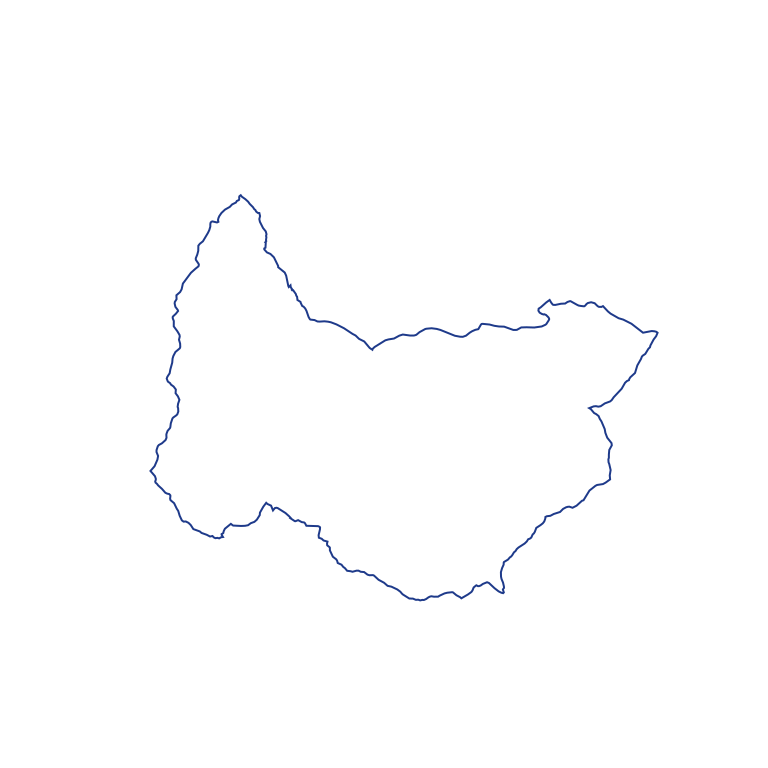 San Mateo, Boyacá, Colombia (Mercator projection), rotated 320°
{"feature_id": "7082276B31973577978453", "entity_name": "San Mateo", "entity_type": "district", "adm_level": 2, "iso_a3": "COL", "parent_name": "Colombia", "parent_adm1": "Boyacá", "projection": "mercator", "projection_center": [-72.559, 6.415], "detail": "fine", "context": "isolated", "style": "outline", "palette": "blue", "viewbox_px": 768, "rotation_deg": 320, "n_neighbors": 0, "source": "geoboundaries", "source_scale": "gbopen_adm2", "svg_char_len": 6166}
<svg xmlns="http://www.w3.org/2000/svg" viewBox="0 0 768 768"><g transform="rotate(320 384 384)"><path d="M601.8,465.1L600.1,464.7L598.2,463.0L597.7,461.7L597.3,457.5L595.2,454.5L592.2,453.0L590.5,452.9L588.5,453.3L587.2,453.1L585.1,450.9L583.5,449.0L582.7,447.2L580.2,440.6L579.8,440.1L577.3,439.1L574.5,438.8L571.2,436.3L566.0,433.5L564.6,432.2L564.3,431.6L564.4,429.1L564.9,426.1L560.7,425.8L553.3,426.0L550.9,425.7L549.4,427.1L549.1,429.4L550.0,431.9L551.0,433.4L551.6,433.6L552.5,435.3L552.8,438.5L552.6,439.9L552.0,440.7L550.8,441.2L546.9,442.4L545.8,442.4L541.8,441.3L535.4,437.3L529.7,432.2L525.5,428.9L520.5,427.9L517.8,425.7L512.9,417.3L509.0,413.8L505.9,410.3L503.1,406.3L498.2,401.3L497.4,400.8L496.5,400.8L491.5,402.6L488.8,401.2L485.4,400.2L482.6,399.8L477.9,399.7L474.7,398.5L472.7,396.7L469.3,392.6L462.0,378.9L459.8,375.7L456.3,371.9L452.3,369.1L451.0,368.4L444.5,367.1L440.4,367.1L439.1,366.6L437.9,366.0L435.1,363.6L430.2,358.2L426.8,356.8L420.9,355.6L416.0,352.7L413.1,351.4L400.5,349.6L397.9,349.8L397.1,350.3L396.2,347.2L396.2,338.7L393.9,333.4L393.4,328.6L392.1,325.4L389.2,315.6L385.9,307.8L383.0,302.6L381.2,300.3L378.7,297.7L374.9,294.9L373.2,293.3L371.9,290.4L369.0,287.3L368.9,286.5L369.3,284.2L371.6,278.2L372.2,275.5L372.1,273.0L371.5,271.7L372.3,268.5L372.8,267.4L371.7,264.0L373.5,261.3L373.6,259.9L374.3,258.4L374.7,253.7L373.9,253.2L373.9,252.5L374.6,251.9L374.7,250.1L375.8,248.3L373.4,248.5L373.7,247.4L378.7,238.1L379.6,234.8L378.0,226.5L378.8,225.5L381.1,216.2L380.6,211.4L378.9,207.9L378.8,204.0L379.4,203.2L380.8,203.4L384.5,199.5L384.3,199.1L385.7,198.8L385.9,198.1L388.3,195.9L388.8,194.8L390.3,193.7L391.5,191.1L391.6,186.7L393.2,180.0L394.5,177.5L397.0,175.7L398.4,172.9L397.3,171.8L396.9,169.7L397.3,168.0L397.0,166.6L397.3,164.4L396.9,159.7L397.1,157.0L396.6,153.3L395.5,149.1L395.6,147.3L394.1,147.2L393.2,147.7L392.2,149.1L391.0,149.8L388.9,149.2L387.2,149.8L383.1,148.8L379.7,149.2L374.3,148.2L369.4,148.5L365.8,149.5L363.8,150.5L362.2,151.7L361.4,153.3L359.9,152.9L357.1,149.2L356.2,148.8L355.0,148.9L353.8,149.8L352.1,151.8L349.1,153.8L346.2,155.1L337.0,158.3L333.1,158.2L330.7,158.7L327.3,162.6L324.2,164.8L320.6,166.7L319.7,167.9L319.2,172.8L318.8,173.7L317.5,174.6L313.7,174.5L307.6,174.7L294.5,177.8L289.8,181.4L286.9,182.5L282.0,182.6L279.6,185.7L276.5,186.7L275.4,187.7L273.8,190.8L273.6,194.6L273.2,195.7L269.7,196.4L266.0,196.6L265.1,196.9L264.3,198.1L263.5,200.6L260.0,204.7L259.6,210.8L258.9,215.0L258.0,216.4L255.4,218.3L253.8,222.0L251.7,224.7L250.5,225.4L244.8,225.4L240.7,227.1L238.4,228.6L235.5,231.5L229.7,235.5L226.7,238.0L222.7,239.2L221.0,240.2L220.0,243.2L220.7,246.0L220.4,247.4L221.2,250.7L221.0,254.4L218.4,257.1L218.2,261.0L217.1,264.6L213.5,266.8L211.2,268.9L210.8,270.1L208.7,272.9L206.1,274.4L204.6,274.5L201.0,274.2L199.8,274.4L195.4,277.1L192.6,279.7L191.7,280.2L188.1,280.8L185.6,282.2L184.7,282.9L182.8,285.4L180.7,286.5L175.8,286.7L172.3,286.0L170.7,286.3L167.3,288.4L166.0,289.9L164.7,293.9L161.8,296.3L155.4,299.5L149.2,300.5L149.3,307.4L148.3,309.9L147.6,310.7L146.1,311.6L145.6,312.7L145.9,314.5L145.8,316.5L146.5,321.7L146.6,326.8L147.5,328.7L148.7,330.2L148.8,331.7L148.5,332.4L146.4,334.4L145.8,335.7L146.6,340.4L145.1,346.3L144.8,348.9L142.8,353.6L141.5,358.5L142.0,360.6L143.8,361.9L145.0,364.7L145.3,367.8L144.7,372.6L148.1,378.5L148.5,380.8L151.3,385.6L152.7,389.0L154.9,390.2L155.0,392.1L155.7,393.7L157.5,394.8L158.5,396.3L160.7,396.7L162.3,397.7L162.7,395.1L163.1,394.6L165.0,394.9L166.8,393.6L169.1,392.6L176.8,392.7L177.3,395.1L177.6,395.6L183.3,400.9L186.4,403.3L189.1,404.8L192.5,405.0L196.1,406.3L199.4,406.2L203.8,404.8L204.5,404.6L206.3,402.8L212.7,400.4L217.4,399.3L217.6,401.0L219.3,404.6L217.7,409.5L220.6,408.9L222.0,409.6L222.8,410.7L225.6,419.5L226.3,424.4L226.4,426.6L226.0,426.6L227.5,431.7L228.0,432.2L230.7,433.1L232.2,436.9L233.8,438.7L234.0,439.8L233.4,442.7L242.1,450.5L242.9,452.1L242.8,452.8L241.5,454.2L236.7,457.8L235.3,459.9L236.8,462.5L237.1,465.0L239.4,468.4L237.7,469.7L236.8,471.1L237.4,474.0L237.3,474.6L235.6,476.7L233.8,483.4L234.7,487.6L234.5,489.2L233.5,491.4L235.3,495.1L235.2,497.8L235.7,500.0L235.7,503.4L238.1,506.0L239.2,507.6L242.9,509.3L244.5,510.6L245.5,512.9L247.9,515.3L248.8,519.4L249.5,520.5L250.1,521.3L252.7,523.3L253.2,524.3L254.0,530.5L256.3,536.3L257.0,540.9L259.4,544.0L262.1,549.9L263.0,553.6L263.0,556.2L263.2,557.5L265.5,564.6L268.2,567.0L269.6,569.7L271.7,571.4L272.6,573.0L274.7,574.1L275.7,575.1L278.1,575.8L281.0,576.0L282.8,576.5L283.9,577.1L285.6,579.1L288.8,581.7L290.5,581.9L295.7,583.3L298.2,584.5L302.4,587.3L302.9,588.0L303.7,592.4L305.3,596.3L305.5,597.9L313.1,599.2L317.3,599.5L319.1,599.0L321.9,597.5L324.9,597.5L325.4,597.6L326.0,599.2L326.8,599.9L328.5,600.5L331.2,600.7L335.5,602.1L336.5,603.9L337.4,611.4L338.5,616.5L339.7,619.3L340.8,620.8L341.8,620.7L343.0,617.8L344.9,617.3L345.7,616.2L347.5,612.7L348.7,608.9L349.8,606.8L352.6,603.3L356.0,601.0L359.5,599.3L361.0,597.7L361.5,597.5L366.1,598.2L369.1,597.7L370.2,597.9L372.1,597.6L375.3,596.5L377.4,596.5L379.5,595.8L381.9,595.7L389.2,596.6L392.2,596.4L394.7,595.6L396.2,596.2L398.1,596.3L401.2,594.8L402.7,594.8L404.5,594.2L408.2,592.1L413.1,592.7L416.1,592.8L418.4,592.3L421.0,590.8L422.2,589.6L423.8,590.0L426.7,591.9L430.5,592.7L436.6,595.2L440.9,594.8L444.3,595.5L446.0,596.3L447.1,597.1L448.9,600.0L453.3,601.0L460.6,600.7L462.1,601.3L472.9,597.7L480.5,597.9L482.3,598.3L487.4,601.4L490.4,602.0L495.9,602.4L498.2,599.1L502.3,595.6L505.1,590.1L505.7,588.3L507.5,585.9L508.8,585.1L510.9,582.6L514.2,579.3L519.1,577.4L520.3,575.5L520.5,568.6L522.2,563.7L524.1,560.4L526.5,552.5L526.9,549.4L527.8,546.5L527.2,543.5L526.3,541.3L526.3,536.2L525.7,534.4L530.2,535.9L532.1,537.2L533.6,539.1L535.7,540.3L540.7,540.8L546.0,542.7L548.1,542.7L551.4,541.8L563.0,540.4L569.5,538.0L572.1,537.9L574.1,538.5L574.9,537.9L576.9,537.2L583.4,536.9L590.0,532.6L597.0,530.0L599.1,528.8L600.3,528.6L603.5,528.9L609.1,527.0L611.4,526.8L612.9,525.7L619.2,523.2L623.2,522.3L626.5,520.6L626.2,519.1L625.1,517.5L623.1,515.5L615.4,511.2L612.3,496.9L608.7,488.5L606.0,484.4L602.8,475.7L602.2,472.4L601.8,465.1Z" fill="none" stroke="#1e3a8a" stroke-width="2"/></g></svg>